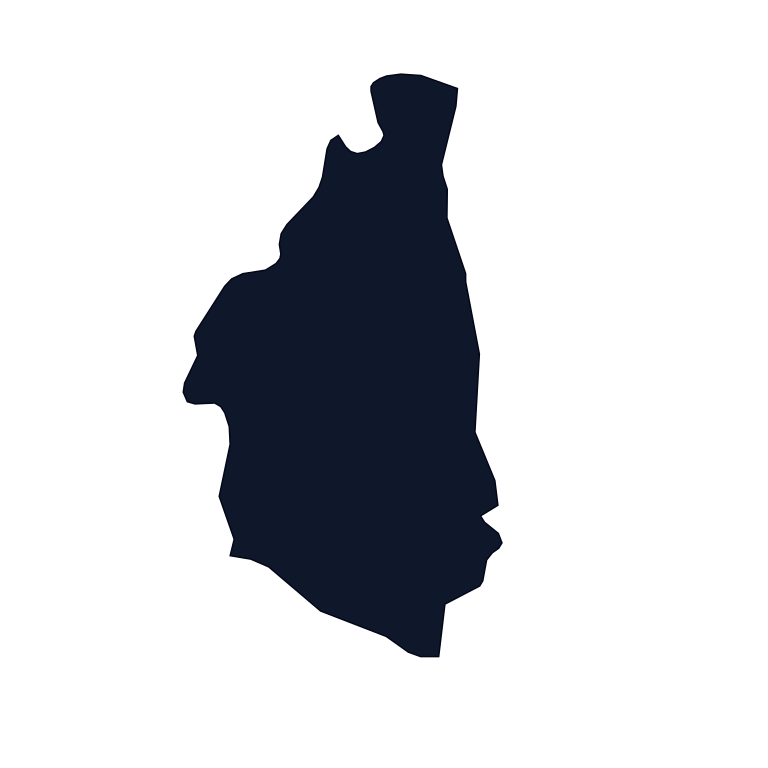 SVG path tracing the border of Brindisi, rotated 57°
{"feature_id": "ITA-5406", "entity_name": "Brindisi", "entity_type": "Province", "adm_level": 1, "iso_a3": "ITA", "parent_name": "Italy", "parent_adm1": "", "projection": "equal_earth", "projection_center": [17.605, 40.637], "detail": "fine", "context": "isolated", "style": "filled", "palette": "ink", "viewbox_px": 768, "rotation_deg": 57, "n_neighbors": 0, "source": "natural_earth", "source_scale": "10m", "svg_char_len": 1094}
<svg xmlns="http://www.w3.org/2000/svg" viewBox="0 0 768 768"><g transform="rotate(57 384 384)"><path d="M176.2,161.5L190.2,172.4L231.4,216.4L241.8,221.3L255.2,224.9L279.0,240.8L335.8,255.4L342.9,259.9L410.8,287.7L473.9,334.0L525.3,343.6L547.7,354.5L547.2,374.9L554.7,375.0L571.6,369.5L581.5,371.6L584.2,377.2L584.5,385.0L587.4,393.7L602.9,408.4L605.5,413.7L601.8,452.8L642.4,486.6L632.6,501.7L622.2,509.6L596.9,519.6L539.9,560.8L474.6,580.3L458.3,591.1L444.2,606.5L432.6,594.2L388.5,583.4L350.8,545.9L335.5,537.0L321.4,533.2L314.0,533.2L307.7,536.4L297.8,553.3L291.7,558.6L281.5,556.8L274.6,550.7L258.7,524.7L240.6,517.1L237.3,512.9L215.2,464.2L212.9,454.5L214.6,442.3L223.9,421.5L224.2,408.9L222.0,402.8L218.8,399.7L209.9,395.7L201.9,388.3L197.4,378.5L188.6,341.4L183.7,331.4L177.1,323.0L155.7,303.6L150.7,295.8L150.6,286.9L164.1,287.0L170.8,285.4L176.2,281.0L179.4,273.1L180.4,263.3L179.2,254.2L175.6,248.6L171.7,247.3L161.6,246.6L131.4,235.4L127.5,232.9L125.6,228.7L125.6,221.1L127.1,214.1L133.3,201.1L145.4,185.0L176.2,161.5Z" fill="#0f172a" stroke="#020617" stroke-width="1.5"/></g></svg>